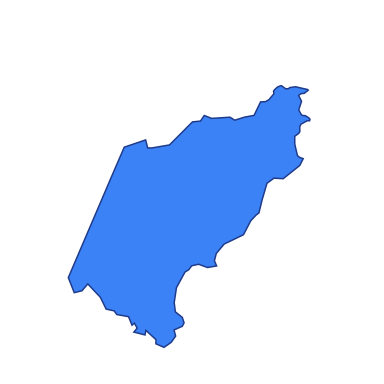 the district of Contra Costa, California, United States of America, rotated 130°
{"feature_id": "52423323B95554273469006", "entity_name": "Contra Costa", "entity_type": "district", "adm_level": 2, "iso_a3": "USA", "parent_name": "United States of America", "parent_adm1": "California", "projection": "natural_earth1", "projection_center": [-122.042, 37.91], "detail": "fine", "context": "isolated", "style": "filled", "palette": "blue", "viewbox_px": 384, "rotation_deg": 130, "n_neighbors": 0, "source": "geoboundaries", "source_scale": "gbopen_adm2", "svg_char_len": 1389}
<svg xmlns="http://www.w3.org/2000/svg" viewBox="0 0 384 384"><g transform="rotate(130 192 192)"><path d="M337.1,231.7L344.8,217.5L338.4,212.8L329.4,212.7L331.6,194.4L336.9,182.5L333.1,175.3L334.2,170.8L328.3,160.5L332.6,152.3L329.5,151.9L331.5,146.5L336.7,146.5L331.7,136.1L327.6,138.4L328.3,124.6L331.5,122.1L329.0,113.6L320.5,111.3L312.9,111.9L309.2,117.1L301.1,113.1L297.3,114.0L294.3,118.8L294.5,127.7L288.2,134.5L275.3,142.4L257.9,145.9L253.6,144.5L248.7,144.8L243.1,140.5L239.9,131.6L232.8,125.6L230.3,130.6L223.5,133.9L211.2,133.9L191.6,125.1L176.2,128.5L168.7,128.1L165.0,127.3L153.2,133.1L151.9,133.7L137.1,140.2L128.7,138.1L123.2,130.7L102.3,126.5L95.0,128.2L95.2,128.9L96.3,131.8L96.3,134.7L92.7,139.5L89.2,144.1L83.3,149.1L78.3,147.9L76.4,148.2L73.0,151.2L72.7,151.4L69.9,152.1L63.3,149.5L61.9,147.7L60.4,148.4L60.1,150.3L60.7,154.3L62.1,156.1L62.5,157.9L60.5,163.0L52.1,166.4L49.5,172.4L46.6,171.7L45.4,170.5L44.2,169.4L39.3,168.4L39.2,169.4L43.5,177.7L44.8,180.3L49.0,184.1L51.1,184.7L52.7,186.6L53.1,191.9L54.2,192.7L56.7,194.0L60.5,194.5L62.3,194.4L64.1,192.4L71.8,192.4L75.4,193.7L78.9,197.4L93.4,193.7L100.9,199.9L109.5,205.4L110.3,211.0L123.0,224.3L125.5,231.8L132.2,231.1L138.0,236.7L147.0,237.5L149.6,237.7L170.4,239.5L184.2,251.2L186.7,254.3L181.9,261.0L201.2,272.7L230.0,264.1L330.2,233.8L337.1,231.7Z" fill="#3b82f6" stroke="#1e3a8a" stroke-width="1.5"/></g></svg>